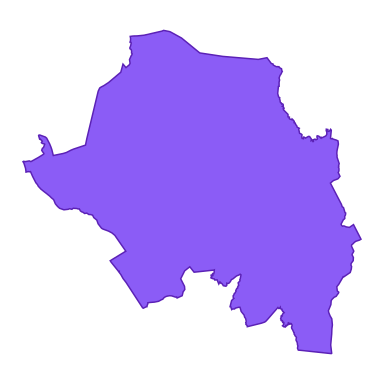 Tampamolón Corona, San Luis Potosí, Mexico (Robinson projection)
{"feature_id": "50627088B27548444150283", "entity_name": "Tampamolón Corona", "entity_type": "district", "adm_level": 2, "iso_a3": "MEX", "parent_name": "Mexico", "parent_adm1": "San Luis Potosí", "projection": "robinson", "projection_center": [-98.758, 21.551], "detail": "fine", "context": "isolated", "style": "filled", "palette": "violet", "viewbox_px": 384, "rotation_deg": 0, "n_neighbors": 0, "source": "geoboundaries", "source_scale": "gbopen_adm2", "svg_char_len": 5992}
<svg xmlns="http://www.w3.org/2000/svg" viewBox="0 0 384 384"><path d="M177.1,298.0L182.2,295.7L183.1,291.9L184.8,289.5L184.5,286.3L180.7,278.8L184.7,270.8L189.8,266.8L194.1,272.2L213.8,270.1L214.3,269.9L214.2,270.7L214.2,272.2L213.7,273.7L213.0,273.4L212.5,273.9L212.8,275.2L211.9,274.9L211.1,275.1L211.1,275.8L211.8,276.3L211.9,276.8L211.3,277.1L210.9,277.8L212.2,278.5L214.3,279.0L214.7,280.0L217.1,279.9L218.8,284.0L219.9,281.9L220.7,282.6L220.8,283.2L221.6,283.4L222.3,284.0L223.3,285.7L225.6,286.2L226.3,286.0L226.8,285.3L226.8,283.2L227.8,283.5L228.8,283.3L230.3,281.7L231.4,279.6L232.9,278.9L236.6,275.9L239.2,274.9L240.1,274.2L241.0,274.9L240.2,278.9L239.8,279.7L240.0,280.8L238.1,282.9L238.4,283.8L238.6,285.6L238.2,285.9L237.5,287.3L237.7,287.9L236.6,288.8L235.8,290.5L236.0,291.3L234.7,293.4L234.3,293.5L233.8,295.0L233.1,295.9L233.3,297.8L233.9,298.3L231.6,300.5L230.1,306.5L230.6,306.4L231.7,309.6L232.5,309.0L234.6,309.0L235.2,308.2L238.5,307.3L240.0,307.3L241.2,311.5L244.1,315.1L244.6,317.1L245.6,318.5L246.3,321.6L246.5,321.5L245.8,322.3L245.7,322.8L246.1,323.5L245.9,324.3L247.2,325.7L247.3,326.7L261.4,323.2L264.6,322.1L265.7,321.4L267.3,319.7L277.9,307.5L278.7,308.5L279.2,308.5L280.3,307.2L280.4,308.5L280.6,308.8L282.0,309.3L281.9,310.0L282.7,311.3L283.2,311.7L284.0,311.5L283.3,311.9L283.4,312.2L284.1,312.7L282.9,313.7L282.5,314.3L282.4,315.1L281.3,315.7L281.1,316.1L281.3,316.5L281.6,316.6L281.0,317.1L281.0,317.8L280.6,318.8L281.3,320.0L281.1,320.5L281.7,320.9L282.4,320.7L282.9,321.7L282.6,322.2L282.8,322.6L283.8,322.6L283.8,323.5L283.5,324.8L282.5,325.8L283.8,326.8L284.6,326.7L285.1,327.1L285.3,327.0L285.3,326.6L286.0,326.4L286.0,326.0L285.8,325.5L287.0,325.5L287.4,324.7L287.9,324.9L288.8,323.9L288.6,323.2L288.2,323.0L288.4,322.8L289.1,323.5L289.4,324.1L289.7,324.3L290.3,324.1L290.3,323.7L290.0,323.4L291.3,323.6L292.0,325.0L292.1,325.7L291.5,327.1L291.8,328.6L292.5,329.6L293.9,332.7L294.1,332.7L294.1,334.1L294.7,334.8L295.0,335.8L295.7,336.4L296.4,337.4L296.0,340.0L296.4,341.0L296.9,341.7L297.4,343.6L297.4,344.5L297.9,346.0L297.6,347.2L297.5,348.3L298.3,350.1L331.3,353.6L331.7,353.3L330.7,345.0L331.7,334.0L331.9,328.8L332.4,325.0L331.8,318.8L330.1,315.9L328.8,312.7L328.4,310.7L330.9,304.6L331.2,300.6L332.0,299.4L334.1,297.3L336.2,296.3L337.7,294.1L338.2,293.6L338.7,292.6L338.7,292.1L337.3,291.0L336.8,286.7L338.7,284.4L343.2,276.7L343.6,277.0L350.2,272.5L351.3,269.1L351.6,266.4L351.0,265.3L351.1,263.5L353.2,260.7L353.4,257.5L352.1,254.9L352.1,254.6L352.4,253.7L353.3,252.3L353.8,251.1L351.5,246.2L351.7,244.8L353.1,243.7L354.3,242.4L355.8,241.3L359.5,240.1L361.0,239.2L353.5,224.6L349.4,227.4L346.3,226.9L343.9,225.9L342.5,226.2L341.6,225.4L341.1,224.1L343.5,219.5L344.0,219.3L344.8,218.5L344.7,216.4L345.5,214.9L345.7,213.0L345.0,212.6L343.5,207.6L342.2,206.7L341.4,204.3L330.4,183.1L333.5,180.5L337.3,179.1L338.2,178.6L340.0,176.3L338.2,172.5L338.7,171.6L339.0,170.2L338.9,168.0L338.4,167.1L338.9,166.1L338.6,165.4L339.2,163.7L337.0,157.0L337.1,155.8L336.8,153.4L337.0,150.9L338.4,144.1L338.0,140.9L336.4,140.1L332.8,139.0L332.5,138.5L331.1,138.8L330.5,138.3L331.3,130.2L330.6,129.3L329.6,130.9L328.8,131.4L327.9,131.0L327.9,129.5L326.3,129.2L326.2,130.8L326.8,131.9L326.8,134.3L326.5,134.9L325.7,136.0L321.7,137.9L321.2,137.2L320.5,137.2L320.5,137.7L318.7,136.1L317.2,135.8L316.9,136.9L317.4,138.6L317.2,139.2L315.9,139.8L315.0,139.1L313.1,139.8L313.5,141.0L313.4,141.5L312.9,141.6L312.1,140.3L311.1,140.7L311.3,139.8L311.6,139.4L309.6,136.5L308.4,136.4L305.5,138.1L304.3,137.2L303.7,137.1L303.4,138.7L302.1,138.4L301.8,136.4L302.0,134.7L301.4,134.1L299.6,133.3L298.7,129.1L299.3,128.3L297.2,127.2L296.6,125.5L295.6,124.5L295.3,123.1L294.1,122.7L294.3,121.4L292.9,119.7L292.1,119.0L291.9,119.7L290.0,119.1L289.3,118.6L289.4,117.1L288.0,116.8L288.0,114.4L283.5,109.8L283.3,108.6L284.0,108.5L283.8,107.6L283.0,106.7L282.4,106.3L283.3,105.9L283.1,104.3L282.3,103.8L281.7,104.0L281.4,103.1L281.1,102.8L280.7,102.8L280.2,101.9L280.0,100.0L279.5,99.0L279.8,97.8L278.6,96.9L277.7,93.5L278.4,86.4L279.1,86.3L279.1,82.2L279.6,80.0L279.1,78.0L280.1,75.2L280.7,74.6L282.3,71.3L281.9,70.9L281.5,68.7L280.0,68.0L278.9,66.7L278.2,66.9L277.9,66.6L276.3,66.7L273.3,65.1L273.0,64.0L271.3,63.5L267.0,57.7L258.3,59.4L222.8,56.4L200.2,53.0L199.6,52.8L181.5,38.0L170.4,31.9L169.3,31.5L163.6,30.4L162.0,31.1L144.1,35.2L137.2,35.9L133.2,36.0L130.2,36.4L130.6,38.7L130.5,40.3L130.4,41.3L130.0,42.0L130.1,42.4L131.0,42.4L131.2,43.3L130.6,45.9L129.8,48.0L130.1,48.9L131.0,49.4L131.3,50.0L131.6,51.1L131.5,53.0L132.1,53.5L131.9,54.8L131.2,55.7L129.5,59.6L130.1,63.3L129.3,64.8L126.0,67.6L123.0,64.1L120.8,72.2L108.6,82.5L103.7,85.7L101.0,87.1L99.7,88.0L98.2,91.2L86.8,138.7L85.5,145.1L73.8,149.0L71.1,150.1L66.4,152.5L63.1,153.5L53.3,155.5L51.8,149.5L50.8,146.7L49.6,143.8L46.7,138.2L45.3,137.0L39.8,135.0L38.9,135.1L38.6,135.6L39.6,139.1L40.0,138.9L42.3,141.2L41.4,142.7L42.4,143.5L44.0,143.8L44.7,144.2L43.5,147.5L42.4,148.3L41.7,150.3L42.7,151.9L43.7,153.1L43.9,153.8L43.0,154.6L38.3,157.5L30.9,161.6L29.3,160.9L25.3,161.6L23.6,161.3L23.0,161.7L23.9,163.1L25.5,168.2L25.9,170.8L26.0,172.1L28.1,171.6L29.7,171.8L30.5,171.6L32.7,176.6L35.9,182.8L37.5,184.7L38.3,186.3L41.1,189.3L49.6,196.0L51.6,198.0L53.0,199.1L53.8,200.0L55.3,203.7L56.0,204.6L57.6,206.5L59.6,208.3L63.9,209.8L68.2,209.3L69.6,208.7L71.9,209.3L73.2,208.3L76.8,208.5L78.2,209.0L79.3,208.9L80.4,210.9L81.8,211.9L82.9,212.2L84.6,213.5L86.8,213.1L88.8,214.5L90.9,214.6L92.6,215.2L93.8,217.6L96.8,220.1L98.1,223.8L101.5,228.2L102.8,229.0L108.5,231.1L111.9,232.9L114.8,235.3L125.8,251.2L110.2,260.7L111.0,262.0L118.3,271.1L119.3,271.2L119.2,271.9L118.9,272.0L120.8,274.5L123.1,278.6L126.1,282.5L142.6,307.8L143.3,308.2L146.0,306.9L147.0,306.7L147.0,305.9L147.8,303.9L147.8,302.8L149.7,302.5L154.5,302.1L158.6,301.3L161.7,299.6L162.7,299.3L163.8,297.9L164.7,297.2L166.0,296.5L167.4,296.1L169.8,295.7L171.8,295.9L175.4,297.1L176.7,297.0L177.1,298.0Z" fill="#8b5cf6" stroke="#5b21b6" stroke-width="1.5"/></svg>